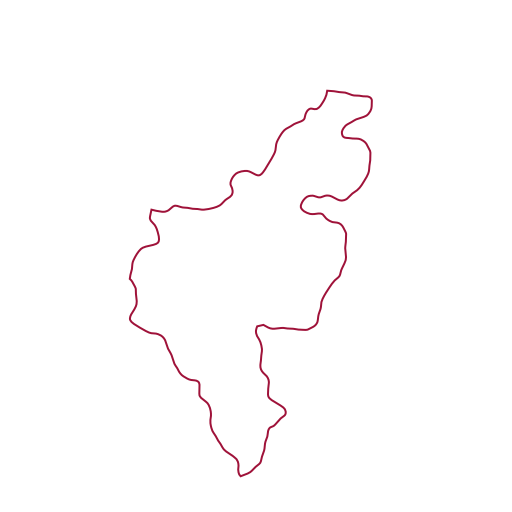 Los Almácigos, Santiago Rodríguez, Dominican Republic, rotated 32°
{"feature_id": "3306468B75896846080251", "entity_name": "Los Almácigos", "entity_type": "district", "adm_level": 2, "iso_a3": "DOM", "parent_name": "Dominican Republic", "parent_adm1": "Santiago Rodríguez", "projection": "mercator", "projection_center": [-71.426, 19.324], "detail": "fine", "context": "isolated", "style": "outline", "palette": "rose", "viewbox_px": 512, "rotation_deg": 32, "n_neighbors": 0, "source": "geoboundaries", "source_scale": "gbopen_adm2", "svg_char_len": 5156}
<svg xmlns="http://www.w3.org/2000/svg" viewBox="0 0 512 512"><g transform="rotate(32 256 256)"><path d="M142.8,272.1L145.1,278.4L145.9,280.1L146.6,280.8L148.1,281.8L153.7,283.4L155.6,284.4L157.4,285.6L160.0,287.8L163.1,290.8L164.9,293.2L165.7,295.0L165.8,296.0L165.7,297.0L164.8,298.8L162.9,301.1L157.6,306.4L155.6,309.0L154.7,311.0L154.1,314.2L153.9,317.6L154.0,320.9L154.3,324.2L154.7,326.4L155.4,328.3L157.7,332.8L159.6,338.8L161.1,342.3L163.0,342.7L164.7,343.4L169.5,346.1L171.1,347.2L171.7,347.9L174.3,351.8L178.8,357.5L180.2,360.2L180.8,362.4L181.1,365.9L181.1,371.6L181.4,373.7L182.1,375.6L182.7,376.5L183.5,377.1L185.4,377.9L188.5,378.3L195.4,378.3L202.4,378.0L205.8,377.6L208.0,377.0L212.3,374.8L214.3,374.2L217.4,373.8L219.5,374.0L221.6,374.6L223.6,375.6L230.5,381.2L235.1,383.7L237.0,384.9L242.2,389.2L243.9,390.6L245.8,391.6L248.7,392.9L252.1,394.9L254.0,395.7L256.1,396.3L258.2,396.5L262.6,396.4L264.8,396.1L266.7,395.5L270.0,393.9L271.6,393.3L273.4,393.2L274.3,393.4L275.1,393.9L276.3,395.1L280.9,402.8L282.0,404.2L282.8,404.7L284.6,405.4L290.7,406.1L292.8,406.5L294.8,407.4L297.5,409.3L299.9,411.7L301.3,413.5L302.5,415.4L304.2,419.2L306.0,422.0L307.5,423.7L309.1,425.3L311.7,427.4L313.6,428.4L317.3,430.1L321.7,432.6L325.5,434.2L329.0,436.1L330.8,436.9L331.9,437.2L334.2,437.6L342.4,437.9L344.7,438.2L347.0,438.6L348.0,439.1L349.7,440.1L351.1,441.5L352.3,443.1L354.1,446.6L355.8,448.7L357.2,449.9L357.9,450.3L359.7,450.9L364.2,444.9L365.7,442.2L366.3,440.2L367.4,435.1L368.9,430.8L369.2,429.1L368.9,427.4L367.4,423.0L366.0,416.8L365.3,414.9L363.1,410.4L362.4,408.4L361.3,403.2L360.5,401.3L359.0,398.0L358.6,396.2L358.7,394.5L359.0,393.7L360.7,391.3L361.1,390.6L361.6,388.8L363.0,380.7L364.6,376.5L364.8,375.7L364.8,374.8L364.6,373.9L364.2,373.1L363.7,372.3L362.3,371.1L361.5,370.6L359.4,370.0L356.1,369.8L345.7,369.9L343.5,369.6L342.5,369.4L341.6,369.0L340.7,368.4L339.5,367.0L336.7,362.1L334.1,356.7L333.6,355.9L332.3,354.4L330.7,353.2L328.9,352.3L323.9,351.2L322.0,350.5L320.3,349.5L318.8,348.1L317.7,346.5L317.2,345.6L315.5,341.9L313.2,337.5L311.5,333.7L310.4,331.8L308.1,329.2L305.6,326.9L302.9,325.1L299.3,323.3L297.0,321.4L295.8,319.8L295.4,319.0L294.7,317.0L294.3,315.0L298.8,310.5L304.3,310.2L306.4,309.8L308.4,309.0L310.3,307.8L315.5,303.7L317.3,302.5L321.1,300.8L326.3,297.9L331.0,295.9L336.9,292.6L338.4,291.5L339.0,290.8L341.9,286.0L342.7,284.3L343.2,282.3L343.2,280.2L343.0,279.2L342.3,277.4L340.7,274.0L340.0,272.0L338.8,266.8L338.1,264.9L335.9,260.4L335.2,257.1L334.9,253.6L334.8,250.1L334.9,244.1L335.1,239.4L335.7,235.0L337.1,230.6L337.4,228.9L337.2,227.3L335.8,222.9L335.5,220.8L334.9,215.4L334.3,212.2L333.9,211.2L332.9,209.2L327.5,202.1L326.5,200.2L324.7,196.4L320.9,189.8L320.3,189.0L318.8,187.9L314.8,185.5L313.1,184.7L311.1,184.2L309.1,184.2L307.2,184.7L302.9,186.7L301.9,186.9L299.8,187.2L297.7,187.2L295.7,187.0L290.7,185.4L289.9,185.4L288.9,185.6L288.0,185.9L286.4,186.9L283.1,189.6L281.3,190.8L279.4,191.7L276.2,192.4L273.1,192.6L271.1,192.3L270.1,192.0L269.2,191.6L268.3,191.0L267.7,190.1L267.2,189.2L266.8,187.2L266.6,185.2L266.7,183.1L267.1,180.9L267.8,178.9L268.4,178.0L269.0,177.2L270.5,175.9L272.1,174.8L273.1,174.4L277.7,173.2L279.2,172.4L279.9,171.8L282.7,168.3L284.1,167.1L285.8,166.2L286.8,165.8L288.8,165.4L295.2,164.9L297.2,164.5L299.1,163.7L299.9,163.1L301.4,161.7L302.5,160.0L302.9,159.1L304.6,152.0L306.9,146.6L307.7,143.2L308.0,139.7L308.0,135.0L307.9,130.2L307.5,126.8L306.9,124.5L306.1,122.7L304.3,119.2L302.2,114.4L298.3,107.8L297.0,106.4L290.4,102.5L288.5,101.8L286.3,101.5L283.1,101.6L281.0,102.2L279.2,103.1L275.8,105.1L272.2,106.8L269.9,108.0L268.3,108.6L267.4,108.6L266.5,108.5L265.6,108.1L264.2,106.9L263.1,105.3L262.6,103.3L262.5,101.2L262.9,98.0L263.7,96.0L266.1,91.7L267.5,88.9L268.6,87.0L273.6,81.0L274.8,79.2L275.4,78.2L276.0,76.1L276.2,72.8L275.9,70.7L275.6,69.6L274.8,67.8L272.0,63.0L271.5,62.3L270.7,61.7L269.9,61.3L268.9,61.1L268.0,61.1L266.2,61.5L262.2,63.8L258.5,65.4L254.1,67.9L252.2,68.6L247.0,69.7L245.0,70.2L239.7,72.9L234.9,74.9L228.8,78.1L230.3,82.0L231.0,85.7L231.2,88.2L231.2,91.9L231.1,94.4L230.7,96.6L229.9,98.6L229.3,99.4L227.7,100.5L225.2,101.5L224.4,101.9L223.7,102.6L223.2,103.4L222.6,105.4L222.6,107.5L222.9,109.6L224.2,113.5L224.3,114.4L224.1,115.3L223.8,116.3L222.8,118.0L219.6,122.2L218.4,124.0L216.6,127.8L214.2,132.1L213.4,134.2L213.0,136.5L212.8,138.8L212.8,142.4L213.0,146.0L213.3,148.3L213.9,150.5L216.4,155.9L217.0,158.0L217.3,160.3L217.6,164.9L217.8,177.8L217.6,181.2L217.3,183.2L216.6,185.0L216.0,185.8L215.2,186.4L214.3,186.8L212.5,187.2L207.5,187.6L205.4,187.9L203.3,188.6L201.4,189.8L198.8,192.0L196.6,194.6L195.5,196.5L194.9,198.7L194.6,200.8L194.6,203.0L194.9,205.1L195.4,207.0L196.3,208.6L197.0,209.3L199.8,211.2L201.7,213.2L202.6,214.8L203.1,216.8L203.0,217.8L202.6,219.7L201.0,223.2L200.3,225.0L199.2,230.2L198.5,232.2L197.9,233.2L196.6,235.2L194.4,237.8L191.0,241.2L187.4,244.2L185.5,245.4L181.6,247.1L177.3,249.5L172.5,251.4L168.1,253.7L166.3,254.3L162.6,255.3L160.9,256.1L160.2,256.7L159.3,258.2L157.6,263.6L156.6,265.2L155.3,266.7L153.7,267.8L152.8,268.3L147.3,270.6L142.8,272.1Z" fill="none" stroke="#9f1239" stroke-width="2"/></g></svg>